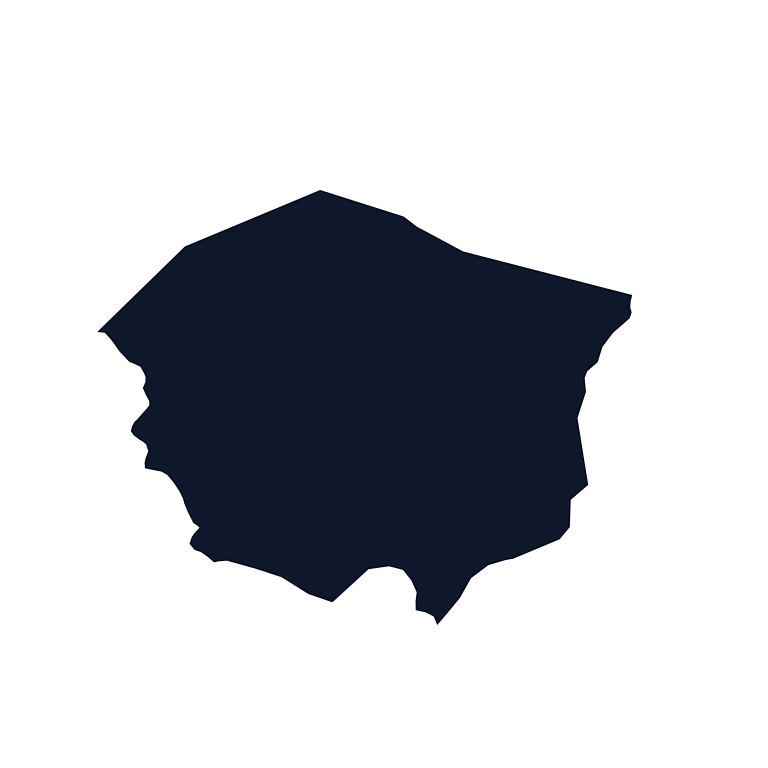 Boali, Ombella-M'Poko, Central African Republic (Natural Earth projection), rotated 53°
{"feature_id": "33826404B11454155454969", "entity_name": "Boali", "entity_type": "district", "adm_level": 2, "iso_a3": "CAF", "parent_name": "Central African Republic", "parent_adm1": "Ombella-M'Poko", "projection": "natural_earth1", "projection_center": [18.06, 4.808], "detail": "fine", "context": "isolated", "style": "filled", "palette": "ink", "viewbox_px": 768, "rotation_deg": 53, "n_neighbors": 0, "source": "geoboundaries", "source_scale": "gbopen_adm2", "svg_char_len": 1274}
<svg xmlns="http://www.w3.org/2000/svg" viewBox="0 0 768 768"><g transform="rotate(53 384 384)"><path d="M511.3,228.0L499.4,220.7L495.4,214.4L494.4,200.4L485.1,187.5L480.2,170.3L478.6,148.4L475.4,143.8L470.5,141.9L465.7,137.6L462.2,133.3L326.2,241.7L278.1,263.9L262.6,268.1L191.3,318.7L155.1,460.3L170.4,580.0L174.7,575.4L183.5,574.6L190.3,574.6L199.5,574.9L204.1,574.3L212.9,573.3L216.4,571.1L223.4,567.4L231.2,568.4L235.2,569.5L239.3,572.7L242.6,578.4L249.5,580.0L256.5,581.0L260.2,583.5L261.5,587.7L262.7,593.9L264.6,602.8L264.8,606.0L266.9,610.3L269.6,613.8L274.3,614.0L280.8,612.1L284.9,610.5L289.1,609.5L296.3,612.1L300.2,618.3L303.4,622.1L307.4,624.7L312.2,620.5L319.6,613.8L325.9,611.1L336.3,610.5L347.4,611.3L354.6,612.7L359.2,614.6L368.5,617.0L380.1,619.1L384.7,617.5L388.4,617.0L389.8,625.0L391.2,629.3L394.9,634.7L402.3,634.4L407.8,630.6L415.2,628.2L423.6,626.4L425.6,622.1L430.0,615.3L453.5,597.3L476.3,581.4L505.9,570.1L526.5,556.2L521.8,507.7L532.0,489.2L543.5,480.0L557.3,479.6L570.3,482.5L576.8,488.8L583.7,493.8L590.9,487.6L599.6,483.4L607.5,485.5L604.3,470.9L599.7,452.1L590.7,431.5L590.7,409.7L596.9,392.9L600.6,385.6L612.9,337.1L609.4,322.1L588.1,304.9L586.7,282.1L527.0,250.5L511.3,228.0Z" fill="#0f172a" stroke="#020617" stroke-width="1.5"/></g></svg>